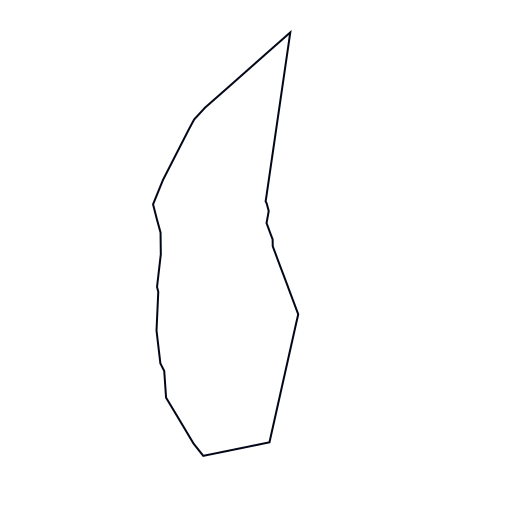 San Andrés Zabache, Oaxaca, Mexico, rotated 52°
{"feature_id": "50627088B34708786687767", "entity_name": "San Andrés Zabache", "entity_type": "district", "adm_level": 2, "iso_a3": "MEX", "parent_name": "Mexico", "parent_adm1": "Oaxaca", "projection": "robinson", "projection_center": [-96.861, 16.605], "detail": "fine", "context": "isolated", "style": "outline", "palette": "ink", "viewbox_px": 512, "rotation_deg": 52, "n_neighbors": 0, "source": "geoboundaries", "source_scale": "gbopen_adm2", "svg_char_len": 703}
<svg xmlns="http://www.w3.org/2000/svg" viewBox="0 0 512 512"><g transform="rotate(52 256 256)"><path d="M100.9,91.3L102.8,123.4L106.2,178.6L107.7,204.6L110.3,220.6L114.6,230.4L138.8,282.5L151.9,305.3L165.8,311.4L178.8,316.8L196.1,330.0L219.4,353.0L224.1,355.1L253.5,380.3L281.8,397.5L290.1,399.1L312.3,414.1L335.2,416.9L365.4,420.7L381.0,420.6L411.1,360.1L332.7,264.5L329.0,259.9L327.9,258.6L321.5,256.6L312.0,253.6L299.9,249.8L299.4,249.6L293.3,247.7L285.3,245.2L280.4,243.7L275.0,242.0L268.7,240.0L265.0,238.8L263.3,238.3L258.6,236.8L253.2,232.7L247.1,230.8L236.5,227.4L231.1,221.3L228.4,218.3L221.1,215.2L218.9,214.8L215.7,211.4L100.9,91.3Z" fill="none" stroke="#020617" stroke-width="2"/></g></svg>